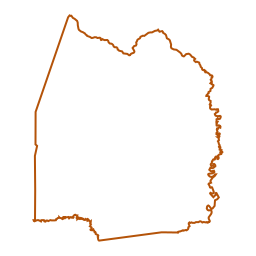 Nhamatanda, Sofala, Mozambique
{"feature_id": "85939544B48412147332355", "entity_name": "Nhamatanda", "entity_type": "district", "adm_level": 2, "iso_a3": "MOZ", "parent_name": "Mozambique", "parent_adm1": "Sofala", "projection": "mercator", "projection_center": [34.409, -19.305], "detail": "fine", "context": "isolated", "style": "outline", "palette": "amber", "viewbox_px": 256, "rotation_deg": 0, "n_neighbors": 0, "source": "geoboundaries", "source_scale": "gbopen_adm2", "svg_char_len": 5821}
<svg xmlns="http://www.w3.org/2000/svg" viewBox="0 0 256 256"><path d="M209.8,221.0L208.7,218.6L208.7,217.3L211.1,214.0L211.6,212.8L211.6,211.5L211.3,210.6L210.6,210.2L208.6,210.4L207.6,209.9L206.8,208.6L207.0,206.8L207.6,205.8L208.4,205.5L209.2,206.1L211.0,208.4L211.8,208.8L212.6,208.4L214.6,205.9L215.0,200.3L217.3,199.2L218.8,197.4L216.4,193.0L216.0,192.9L215.5,193.3L215.5,195.2L214.5,195.9L213.4,197.2L210.4,193.9L210.1,193.3L210.5,192.8L212.1,193.6L213.2,193.3L213.7,192.4L213.7,191.6L212.1,187.4L211.8,187.2L210.6,187.7L210.0,187.4L209.5,185.7L208.5,184.1L208.9,183.5L211.1,182.7L210.4,181.1L210.6,180.5L212.7,177.6L214.7,176.0L215.9,174.3L215.2,174.3L213.5,176.2L211.6,177.0L210.0,176.6L208.7,175.5L208.2,174.5L208.4,174.0L209.2,173.7L212.6,173.3L214.3,172.2L214.3,171.5L213.9,170.7L211.7,171.3L210.6,171.0L209.3,169.8L210.4,167.7L212.0,168.2L212.8,168.1L214.0,167.4L214.3,166.8L215.3,166.4L215.3,165.3L214.4,164.1L213.9,163.9L213.3,164.2L213.2,164.9L212.8,165.7L211.6,166.0L211.0,165.4L210.7,164.3L211.9,162.7L211.9,161.3L212.6,160.9L212.8,160.0L213.4,159.3L214.6,159.6L214.9,159.4L215.1,157.4L216.0,156.5L216.5,156.5L217.1,157.0L217.2,158.8L217.9,159.1L218.3,158.8L218.7,158.0L218.1,155.5L219.3,154.5L221.0,154.1L220.5,152.9L221.8,152.9L222.4,152.1L221.9,151.4L220.6,151.3L220.6,150.8L221.2,150.0L219.6,149.6L219.6,149.2L220.3,148.8L220.4,147.2L220.0,146.7L219.1,147.1L218.9,146.8L219.7,145.2L218.9,144.0L218.5,142.3L217.9,141.2L219.0,140.1L218.7,139.1L218.8,138.1L217.6,137.2L218.9,137.1L219.3,136.7L217.8,135.3L218.5,135.4L219.5,134.9L219.8,133.8L219.5,133.4L218.9,133.3L217.6,134.1L216.6,133.6L216.4,133.1L217.5,131.5L216.8,129.7L217.0,128.6L218.1,128.7L218.3,127.8L219.3,127.3L220.3,127.7L220.5,126.7L220.1,125.9L218.9,125.3L217.0,125.7L216.6,125.5L216.5,124.5L216.9,123.3L216.7,122.7L216.4,122.7L216.4,122.1L217.3,122.2L217.6,121.7L216.7,121.5L216.6,121.2L216.5,119.3L217.2,118.9L217.7,118.2L218.4,119.1L218.9,119.2L220.1,118.6L220.7,117.1L220.7,116.4L220.0,115.9L217.8,116.2L216.3,115.9L215.6,115.7L214.9,114.5L214.8,114.0L215.7,113.3L216.0,112.5L217.4,112.2L218.3,111.2L218.0,109.3L216.9,109.2L216.3,109.8L214.9,109.3L211.5,109.5L210.2,108.5L210.0,106.9L211.1,105.4L210.9,105.1L210.2,105.4L209.7,104.6L210.6,102.7L210.6,100.9L209.2,100.2L208.7,99.0L209.1,97.5L209.1,96.6L208.1,96.2L207.9,95.9L206.3,96.0L206.3,95.8L206.6,95.1L207.4,94.6L207.9,93.5L208.6,93.2L208.6,92.0L210.4,91.0L210.6,88.8L212.3,87.8L213.5,85.6L213.4,85.0L211.8,84.3L211.8,82.8L211.1,83.6L210.4,83.3L211.7,81.4L210.7,79.8L211.4,79.1L211.4,78.0L212.2,77.5L212.0,77.0L212.5,76.3L212.1,75.6L211.6,75.3L210.2,75.3L209.7,74.3L208.0,72.9L206.8,72.3L205.9,72.3L206.0,71.8L205.5,70.9L204.8,71.4L204.1,69.9L202.9,70.0L202.2,69.5L202.0,68.1L200.7,66.8L200.4,65.4L199.5,64.1L199.2,62.6L197.2,61.8L196.6,61.7L195.9,62.1L195.3,61.7L194.3,60.8L194.1,60.3L194.3,59.6L195.1,58.9L193.5,57.4L192.1,56.9L190.2,54.6L188.7,53.7L186.2,54.1L184.0,56.3L183.3,56.3L182.0,55.5L181.5,54.1L180.5,52.8L176.5,49.8L173.7,49.4L171.5,48.3L170.9,46.9L171.1,44.5L169.8,40.3L168.8,39.3L166.9,38.3L166.0,35.1L165.0,34.0L163.1,32.8L162.8,31.7L162.2,31.1L159.5,31.7L158.1,29.7L157.4,30.4L154.9,30.9L152.0,32.4L150.3,32.4L148.4,32.8L144.3,35.9L142.9,35.7L140.5,36.8L139.9,38.3L137.8,39.5L137.3,40.1L137.0,41.1L136.2,42.4L136.5,44.3L136.0,45.5L134.1,46.1L132.6,48.0L134.2,50.8L134.4,51.6L134.1,52.4L133.6,52.8L131.4,53.6L130.6,54.2L130.1,55.1L129.2,55.3L127.3,53.9L123.4,53.4L122.1,51.4L119.1,50.7L118.4,49.9L117.7,49.6L117.5,48.3L116.6,47.3L114.6,47.2L113.7,46.5L113.2,45.1L112.2,44.1L111.5,43.7L109.8,43.5L108.6,42.3L108.2,40.8L107.3,40.0L104.4,40.1L102.3,39.1L101.6,39.9L101.1,40.0L100.8,39.6L100.5,38.1L99.8,37.7L97.4,38.0L96.3,37.3L94.7,37.2L92.7,37.9L91.6,38.0L89.9,36.9L87.1,35.9L86.7,35.1L85.7,34.6L85.0,33.5L82.9,32.2L81.0,31.5L79.0,29.9L78.5,28.9L77.8,25.2L77.7,22.6L77.1,20.9L74.6,18.8L72.9,17.9L71.4,15.8L70.9,16.0L69.6,15.4L68.1,17.3L35.6,111.9L35.5,144.4L37.1,145.9L34.9,155.9L35.2,190.4L35.0,220.2L33.6,220.2L33.9,221.0L34.5,221.3L37.0,220.2L38.3,220.1L39.1,220.5L40.2,220.5L40.4,221.2L41.0,221.4L41.1,220.5L41.7,220.1L43.6,220.1L44.2,220.3L44.3,221.3L45.1,221.6L45.5,221.6L46.4,220.5L47.3,220.5L48.2,221.1L50.4,220.1L51.6,220.4L54.6,220.4L55.9,220.2L56.1,219.2L56.9,219.0L57.6,218.1L59.2,217.8L59.2,217.2L59.9,217.9L61.0,218.1L62.5,219.1L62.9,218.9L62.4,218.0L63.4,217.0L64.4,217.0L64.0,217.8L64.2,218.1L64.6,217.7L65.0,217.9L65.2,217.1L65.7,217.0L66.3,217.4L68.4,217.0L69.1,218.4L69.3,218.3L69.5,217.4L70.1,217.1L70.6,217.1L71.3,217.6L73.2,217.8L73.4,217.5L72.7,217.0L73.2,216.9L73.5,215.9L74.6,214.9L75.4,214.8L75.6,215.1L76.4,215.3L76.9,216.2L77.3,215.9L77.3,216.8L77.8,217.1L76.6,217.9L76.8,218.7L76.9,218.2L77.2,218.1L77.2,218.6L77.8,218.5L77.7,218.9L78.1,218.6L78.4,218.8L79.2,218.6L79.2,218.9L79.7,219.0L80.3,218.5L80.3,217.9L81.2,218.0L81.7,218.2L81.0,218.5L81.1,218.8L81.9,218.5L82.1,219.0L83.4,219.1L83.6,219.7L84.7,220.0L85.2,219.9L85.5,219.1L86.3,219.7L86.8,219.2L87.6,218.9L88.4,219.6L88.0,220.6L88.9,220.3L90.0,221.8L90.8,221.2L90.7,222.4L90.2,223.4L90.9,224.2L90.4,224.8L90.5,225.9L90.0,226.3L91.6,227.5L91.4,229.0L90.5,229.5L90.5,229.8L90.8,230.1L92.4,230.3L92.7,230.1L92.4,229.5L93.1,229.3L93.1,230.0L94.0,230.4L94.5,232.0L95.2,231.9L95.6,232.4L95.7,233.1L95.5,233.6L95.7,234.0L98.1,235.2L98.3,235.5L97.7,236.8L98.1,237.1L98.0,238.7L98.5,240.1L99.1,240.6L161.6,232.3L177.3,232.5L177.6,232.2L178.0,232.6L179.0,231.5L180.3,231.4L182.9,230.3L183.2,230.7L185.9,230.0L186.6,230.3L187.9,229.3L188.3,228.6L188.3,227.3L189.6,226.2L188.7,223.9L188.8,223.1L189.5,222.4L190.5,222.9L191.5,222.4L192.6,222.9L194.5,222.9L196.0,222.1L198.6,222.1L199.6,221.4L200.4,221.3L201.6,221.8L202.3,222.5L203.7,222.0L205.7,222.4L206.7,222.1L207.3,222.7L208.0,222.6L208.3,222.0L209.3,222.0L209.5,221.2L209.8,221.0Z" fill="none" stroke="#b45309" stroke-width="2"/></svg>